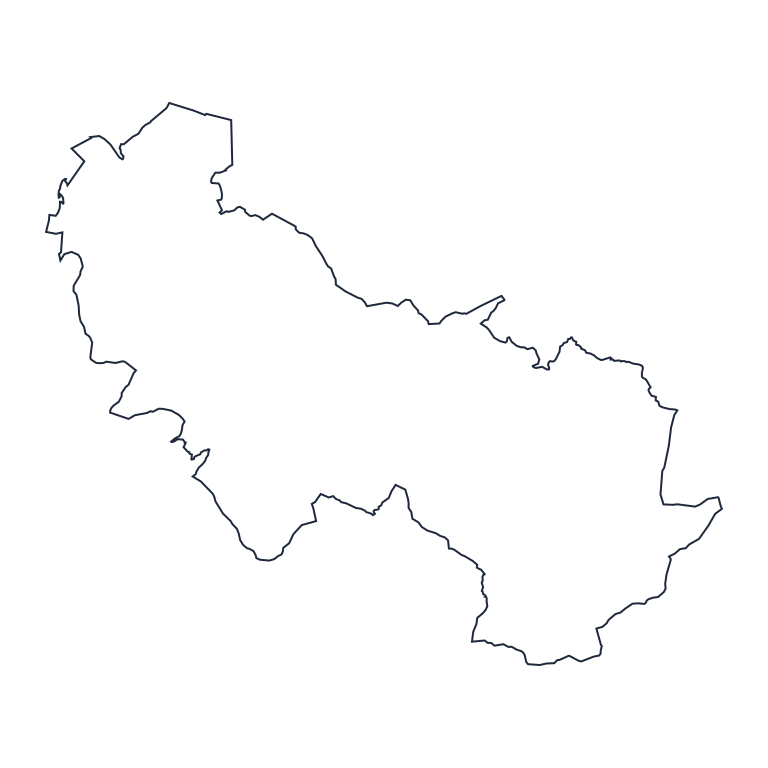 outline of Vetca, Mures, Romania
{"feature_id": "2599482B39536420897954", "entity_name": "Vetca", "entity_type": "district", "adm_level": 2, "iso_a3": "ROU", "parent_name": "Romania", "parent_adm1": "Mures", "projection": "natural_earth1", "projection_center": [24.823, 46.343], "detail": "fine", "context": "isolated", "style": "outline", "palette": "slate", "viewbox_px": 768, "rotation_deg": 0, "n_neighbors": 0, "source": "geoboundaries", "source_scale": "gbopen_adm2", "svg_char_len": 6067}
<svg xmlns="http://www.w3.org/2000/svg" viewBox="0 0 768 768"><path d="M625.2,608.6L632.5,603.7L638.0,603.3L644.3,603.9L645.8,602.8L646.7,600.6L648.5,599.2L653.0,597.7L658.0,597.0L663.6,592.3L665.6,588.8L665.2,583.6L666.5,574.6L670.7,560.1L670.6,558.7L669.0,556.5L674.8,553.6L680.0,549.1L685.8,548.2L689.0,544.6L699.0,538.9L708.3,525.8L715.2,513.8L721.9,508.8L720.7,506.0L718.5,497.6L718.0,497.2L707.7,499.0L699.9,504.6L695.0,506.6L677.6,504.3L672.7,504.8L663.5,504.4L660.5,494.4L662.3,471.0L664.3,467.5L668.8,445.9L671.1,427.4L674.3,415.0L677.3,410.4L675.3,409.5L669.5,409.1L662.8,407.4L659.6,405.9L658.1,401.6L655.7,400.4L655.9,396.9L651.6,395.7L649.5,392.6L648.5,390.2L648.8,389.0L650.6,387.3L646.5,380.3L645.2,378.9L642.9,377.9L641.9,376.6L641.9,372.3L642.8,369.1L642.8,367.3L642.0,365.8L639.1,364.5L633.5,363.7L628.6,361.8L626.0,362.0L625.0,361.2L622.1,361.0L620.9,361.5L619.8,360.5L613.9,360.8L613.1,359.6L610.6,359.5L611.2,358.1L610.2,357.4L602.1,360.0L600.8,359.9L597.0,358.0L594.6,355.8L590.7,353.6L586.2,352.7L585.1,350.3L581.1,348.6L581.3,347.6L579.5,345.9L578.1,345.0L576.6,345.0L576.0,344.3L576.3,341.8L573.4,340.6L572.0,337.5L571.2,337.3L569.9,339.0L568.3,338.9L567.1,342.0L563.8,343.1L562.5,345.2L560.1,346.6L559.5,351.8L555.8,359.2L554.4,360.9L553.5,361.5L549.9,361.2L548.7,362.5L548.0,364.7L549.2,367.9L549.0,369.4L547.0,369.5L542.1,366.8L536.0,368.0L534.8,367.7L532.8,366.5L532.8,365.9L538.1,363.7L539.3,359.4L536.6,353.7L535.7,350.3L532.7,347.7L527.5,349.2L524.4,347.4L520.4,347.2L516.6,345.8L511.6,341.7L509.3,337.3L507.5,337.9L506.8,341.4L505.5,342.6L500.2,341.2L494.2,337.7L489.1,330.1L486.7,327.5L480.8,323.6L484.6,320.3L487.8,319.7L491.2,312.6L493.4,311.1L495.6,308.3L498.1,303.3L504.4,300.2L504.3,299.5L501.5,295.9L480.6,306.0L466.4,313.8L464.0,313.3L462.6,313.8L455.7,312.2L451.9,313.5L445.5,316.7L441.1,321.1L439.5,323.5L428.7,324.1L428.0,321.2L421.4,314.4L418.6,313.2L418.1,310.6L413.4,305.4L410.3,300.3L405.8,299.7L401.3,302.6L397.8,306.0L392.4,303.5L386.4,302.7L367.0,306.2L364.8,302.3L361.6,298.9L357.2,297.4L345.6,291.5L335.9,284.7L335.6,279.1L334.1,276.5L331.1,268.5L328.0,266.3L326.4,263.8L322.4,256.0L315.9,246.1L312.0,238.2L307.8,235.1L303.7,233.4L299.7,232.9L298.1,231.8L295.7,229.2L295.7,226.5L272.0,213.7L263.0,219.7L259.4,216.8L255.3,215.1L251.7,216.0L249.8,215.8L245.2,211.9L244.9,209.7L239.9,206.8L237.3,207.5L234.2,210.4L228.4,211.9L226.9,211.2L221.2,214.0L219.6,212.5L222.0,210.3L217.4,200.5L221.2,199.6L221.8,198.3L222.0,194.7L221.2,190.0L219.9,185.7L218.6,183.5L211.8,183.0L211.2,182.2L211.1,180.7L211.8,178.0L215.3,172.7L220.0,172.7L226.0,170.3L225.6,169.5L229.7,166.2L232.3,164.9L231.2,120.1L206.2,113.8L205.2,115.1L193.7,110.6L169.2,103.0L167.0,107.3L165.7,108.8L151.0,121.1L150.2,122.4L145.7,124.8L142.5,127.5L138.4,133.8L132.7,136.8L123.8,144.2L121.0,144.2L119.6,148.3L120.6,149.5L120.8,153.0L123.5,156.5L123.1,158.7L122.4,159.3L119.3,157.4L110.5,144.6L104.4,139.0L99.2,136.0L90.2,137.1L91.0,138.1L71.6,148.5L84.3,161.3L67.5,185.4L66.7,183.0L65.2,181.1L66.0,179.0L65.2,178.8L62.4,180.8L60.3,186.1L60.1,188.7L58.9,190.6L58.5,194.5L58.8,197.6L59.7,197.2L59.3,194.4L60.0,194.0L62.1,196.2L63.1,198.1L63.5,203.2L63.0,203.7L61.2,201.9L60.0,201.7L59.8,207.9L58.0,212.7L55.7,215.8L49.4,214.9L48.9,220.6L46.1,231.9L55.9,233.8L62.4,232.4L61.0,252.2L59.0,253.9L60.4,260.5L64.4,254.1L71.6,251.9L78.2,254.8L80.7,258.5L82.7,266.1L82.6,267.1L80.5,271.5L80.3,274.1L79.7,275.8L73.7,285.7L73.5,291.1L76.4,294.7L78.6,305.3L79.2,314.8L80.5,321.1L84.1,327.0L85.5,333.7L88.6,335.8L90.3,337.9L92.2,342.6L90.3,357.3L90.8,359.3L96.0,362.8L98.6,363.2L103.1,363.0L106.5,361.7L115.5,363.0L122.3,361.3L125.0,361.8L136.0,370.4L133.7,373.0L128.5,384.8L125.7,387.0L121.7,393.0L121.6,396.4L118.7,401.9L113.9,405.3L111.6,407.7L110.3,410.1L110.1,412.6L128.6,418.9L134.9,415.2L146.9,413.0L150.5,411.2L152.8,411.8L158.8,408.7L163.0,408.9L171.3,410.6L179.0,415.0L182.6,418.6L184.6,421.6L182.5,425.1L181.9,430.1L180.7,434.0L179.2,436.3L174.7,438.6L171.1,441.7L171.7,442.1L173.9,441.6L177.6,439.2L182.9,439.6L184.6,441.7L184.6,442.5L185.7,442.7L183.6,447.2L187.5,451.5L189.3,452.2L189.1,452.9L190.2,454.0L191.9,454.5L191.4,459.4L191.9,459.6L194.0,458.9L194.2,457.3L195.4,456.3L200.3,454.2L201.0,452.4L204.4,450.4L206.3,450.4L208.1,449.2L209.3,449.6L208.3,452.8L208.2,454.9L206.1,458.0L205.4,460.4L202.7,464.0L198.8,467.6L196.5,471.5L195.7,474.2L192.7,476.5L200.9,481.5L212.8,493.8L214.3,496.9L215.5,501.4L223.0,513.6L230.5,520.9L232.5,524.2L236.9,528.8L238.7,533.5L240.2,540.2L243.1,544.9L247.0,548.2L249.3,548.8L253.5,551.1L255.6,555.0L256.4,558.1L259.9,559.7L269.4,560.6L274.4,559.0L278.5,555.8L281.5,554.5L282.8,551.6L283.3,547.8L289.2,543.2L293.3,534.3L301.7,525.1L316.1,521.1L313.4,508.6L311.8,503.9L315.1,502.0L320.7,494.0L328.9,497.5L333.1,496.1L336.0,499.0L339.7,500.4L341.0,502.1L346.4,503.4L356.0,508.0L360.9,508.7L365.0,510.7L366.1,512.0L371.4,513.7L372.9,515.2L374.9,513.8L373.6,511.7L373.8,510.8L374.7,510.0L378.0,509.5L378.8,508.8L378.7,506.8L381.0,505.5L382.5,502.4L388.7,498.0L391.6,491.1L395.6,484.9L405.3,489.6L407.9,498.6L408.6,502.7L408.6,508.0L411.3,512.0L412.4,518.7L418.6,522.5L421.7,526.9L427.5,530.6L435.8,533.2L440.0,535.8L445.0,537.5L448.1,540.5L448.9,548.5L451.8,548.7L454.3,549.7L461.6,555.0L464.6,556.1L472.8,561.0L477.3,564.9L476.8,567.1L477.2,567.9L481.0,569.7L484.6,574.0L484.6,574.4L483.1,575.1L482.4,577.1L482.8,580.6L481.7,582.4L483.1,587.2L481.8,590.9L482.7,591.8L483.1,593.9L485.5,595.5L485.7,596.2L485.1,596.7L486.0,596.9L486.7,598.1L486.6,601.2L487.3,606.2L485.8,609.6L482.9,613.2L477.3,617.8L476.4,624.1L473.2,631.9L472.0,641.7L484.6,640.5L487.6,642.8L491.2,643.0L494.6,645.7L503.3,644.2L508.6,647.0L511.0,646.7L512.9,647.4L516.3,649.5L521.5,651.2L523.5,653.0L524.8,655.5L526.2,661.9L528.1,664.2L539.7,665.0L546.5,663.5L554.2,663.2L557.3,660.1L559.6,659.9L568.4,655.9L569.5,655.9L579.3,661.1L581.6,661.3L593.4,656.7L599.2,655.5L600.6,653.6L600.7,650.7L601.8,646.0L600.9,644.8L596.4,628.5L602.4,626.9L606.5,623.4L608.6,619.9L615.4,614.1L620.6,612.5L625.2,608.6Z" fill="none" stroke="#1e293b" stroke-width="2"/></svg>